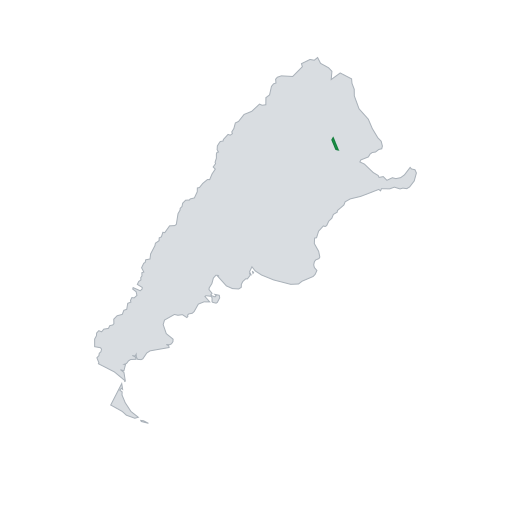 Chacabuco, Chaco, Argentina shown in context, rotated 30°
{"feature_id": "61730980B10302759212435", "entity_name": "Chacabuco", "entity_type": "district", "adm_level": 2, "iso_a3": "ARG", "parent_name": "Argentina", "parent_adm1": "Chaco", "projection": "albers", "projection_center": [-61.358, -27.089], "detail": "fine", "context": "in_parent", "style": "filled", "palette": "green", "viewbox_px": 512, "rotation_deg": 30, "n_neighbors": 0, "source": "geoboundaries", "source_scale": "gbopen_adm2", "svg_char_len": 4397}
<svg xmlns="http://www.w3.org/2000/svg" viewBox="0 0 512 512"><g transform="rotate(30 256 256)"><path d="M309.1,159.4L306.1,164.5L306.6,167.9L303.8,175.9L304.4,177.5L302.2,181.3L302.8,185.4L301.6,189.4L302.0,194.4L301.1,195.9L299.3,196.3L297.8,203.2L299.3,209.9L297.8,211.2L300.3,216.1L307.9,220.6L311.8,225.0L311.8,226.8L309.7,229.5L309.4,231.7L310.4,234.8L312.3,236.8L316.0,238.1L316.4,242.4L315.7,245.2L308.5,254.8L306.8,259.0L300.2,263.2L283.3,267.9L270.3,269.7L262.8,269.3L257.9,267.4L258.3,272.9L260.8,274.5L259.5,274.5L260.6,275.5L260.0,280.1L258.5,280.9L257.3,284.7L257.5,287.9L258.9,290.5L257.5,293.2L251.9,296.0L245.3,296.7L233.0,292.7L233.5,292.0L232.8,291.8L230.9,292.7L230.1,296.4L231.6,302.0L231.4,307.0L232.1,308.6L236.6,310.3L236.3,312.3L237.8,312.5L240.9,311.9L241.3,310.3L239.6,309.8L243.8,308.4L245.5,310.4L245.7,315.5L245.0,316.8L241.7,317.8L240.8,317.6L238.8,314.1L237.2,313.4L232.5,315.4L232.0,316.6L238.9,318.9L233.9,321.7L230.1,326.5L230.2,335.1L229.4,337.5L226.7,339.8L226.3,341.4L227.2,342.3L226.9,343.9L221.6,343.6L218.0,346.4L214.6,347.4L208.8,357.2L209.9,361.8L217.1,368.1L225.8,369.5L226.9,371.7L226.7,374.3L225.7,375.9L222.6,377.5L225.3,377.4L226.5,378.7L211.7,391.1L209.9,394.6L209.4,401.7L208.3,403.2L205.2,404.7L203.0,403.4L201.3,400.9L201.4,403.0L198.6,404.0L202.1,403.8L203.8,405.4L199.2,408.3L198.0,410.6L197.6,413.9L195.9,415.8L197.3,415.4L199.0,421.5L195.4,422.2L199.9,422.9L205.4,429.7L205.0,430.2L204.8,429.5L191.3,427.2L173.4,428.1L173.4,427.1L169.1,423.7L169.8,420.9L168.9,418.6L169.6,416.5L168.8,413.9L167.2,413.2L161.6,415.2L157.8,408.6L157.7,404.8L156.5,402.4L157.2,399.3L160.2,398.8L160.8,395.4L164.4,392.5L164.2,389.4L166.4,387.4L166.8,385.7L164.4,381.8L165.6,377.2L169.4,373.4L168.7,369.1L170.7,366.8L168.6,361.1L170.7,358.5L169.5,357.2L169.3,354.1L171.4,353.2L172.6,349.7L170.1,346.9L165.8,346.3L165.4,344.8L173.1,344.0L173.9,341.5L173.2,340.1L167.4,339.9L167.2,336.6L168.3,334.3L167.0,332.3L167.2,330.3L165.5,327.5L166.9,326.0L162.8,323.4L162.4,318.4L163.2,317.0L162.4,314.4L165.7,311.6L163.7,306.9L163.3,297.6L162.5,295.2L164.4,291.2L163.1,288.7L164.5,286.7L163.5,282.0L165.3,281.4L166.1,273.1L170.4,270.3L171.2,268.5L167.3,258.3L167.3,254.3L166.5,252.6L167.2,250.2L166.1,246.9L167.2,242.8L170.3,240.9L170.5,239.5L173.6,236.5L173.0,229.7L171.2,226.4L172.8,225.0L173.6,219.7L175.7,214.1L177.7,213.0L176.9,206.8L177.3,201.1L174.4,200.3L174.8,196.2L173.7,195.3L172.8,191.1L170.7,187.5L170.4,185.8L171.5,184.7L169.2,183.4L167.5,180.0L167.6,176.8L167.8,174.7L170.0,172.9L169.5,171.4L171.0,164.7L173.3,164.2L174.4,161.8L173.0,160.7L173.1,156.7L171.6,151.1L173.6,148.2L174.9,139.3L180.0,132.8L183.1,122.7L185.9,122.4L188.9,120.1L185.4,113.9L187.2,109.7L184.6,101.4L185.1,98.2L186.8,96.2L184.6,93.1L185.1,90.5L187.9,87.3L198.0,82.2L201.5,68.9L199.2,66.7L204.5,58.8L208.6,57.3L210.1,53.3L215.6,56.9L224.8,56.7L229.4,58.1L232.9,65.6L237.4,55.4L250.2,54.8L252.8,58.5L257.7,62.5L261.1,68.2L271.6,77.0L284.9,81.4L293.0,87.5L302.4,92.7L307.0,94.0L310.5,97.6L311.3,100.3L309.1,102.3L307.5,106.2L304.9,108.3L303.8,110.8L303.8,114.0L298.8,120.3L298.9,122.6L303.9,122.2L315.7,125.1L321.5,125.2L323.3,126.4L326.5,123.6L331.5,125.0L335.0,120.0L338.4,119.1L342.1,115.8L344.0,111.5L345.2,102.2L347.1,102.9L350.5,101.8L353.4,103.9L355.5,111.9L354.5,119.4L352.9,122.3L349.2,123.8L347.2,125.9L341.4,127.2L338.2,131.0L331.0,135.0L331.3,137.3L329.0,137.0L316.8,152.1L309.1,159.4ZM204.7,457.7L203.5,433.6L207.2,438.2L205.5,438.0L205.1,440.3L208.0,440.6L209.5,443.4L216.0,448.4L225.5,453.2L234.7,454.5L232.2,457.1L223.3,458.7L217.9,457.5L204.7,457.7ZM238.4,456.0L241.1,454.9L246.5,454.7L239.4,456.7L238.4,456.0ZM262.2,271.5L262.1,272.6L260.4,270.9L262.2,271.5Z" fill="#d9dde1" stroke="#a8b0b8" stroke-width="1"/><path d="M263.8,115.8L263.8,117.4L264.0,117.6L264.4,117.8L264.5,117.9L265.0,118.3L265.3,118.6L266.0,119.1L266.4,119.4L267.0,119.8L267.4,120.2L267.5,120.2L268.3,120.8L268.8,121.2L269.6,121.9L269.8,122.0L270.3,122.4L271.0,122.9L271.1,123.0L271.8,123.5L271.9,123.4L272.9,123.4L273.9,123.0L273.7,122.9L272.9,122.2L272.5,121.9L271.7,121.3L271.6,121.2L270.8,120.6L270.7,120.5L269.9,119.9L269.1,119.3L269.0,119.2L268.9,119.2L268.0,118.5L267.2,117.8L267.1,117.7L266.4,117.2L266.2,117.0L266.0,116.9L265.3,116.3L264.5,115.8L264.4,115.6L264.2,115.5L264.1,115.4L263.8,115.2L263.8,115.4L263.8,115.5L263.8,115.8Z" fill="#22c55e" stroke="#15803d" stroke-width="1.5"/></g></svg>